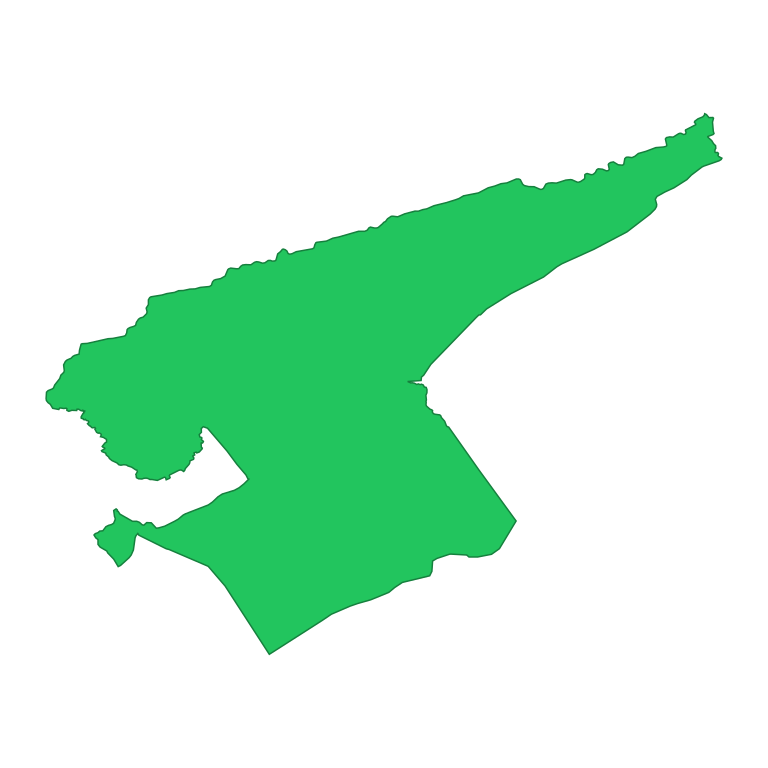 Kibwezi East, Eastern, Kenya (Equal Earth projection), rotated 270°
{"feature_id": "3690345B7491344905793", "entity_name": "Kibwezi East", "entity_type": "district", "adm_level": 2, "iso_a3": "KEN", "parent_name": "Kenya", "parent_adm1": "Eastern", "projection": "equal_earth", "projection_center": [38.226, -2.656], "detail": "fine", "context": "isolated", "style": "filled", "palette": "green", "viewbox_px": 768, "rotation_deg": 270, "n_neighbors": 0, "source": "geoboundaries", "source_scale": "gbopen_adm2", "svg_char_len": 6097}
<svg xmlns="http://www.w3.org/2000/svg" viewBox="0 0 768 768"><g transform="rotate(270 384 384)"><path d="M219.3,499.4L247.0,516.1L298.2,478.8L340.9,448.7L341.5,447.0L342.5,446.3L346.7,444.7L350.6,441.3L352.0,440.9L353.1,439.8L353.8,434.7L354.4,433.4L355.9,432.3L357.4,432.6L358.1,431.9L358.9,429.9L361.9,426.5L363.3,426.0L366.0,426.2L366.6,425.9L368.0,426.4L372.7,425.9L375.2,426.9L378.3,427.0L380.6,426.2L381.0,424.3L383.0,423.3L383.8,421.5L383.4,420.1L384.1,418.3L383.5,416.8L384.8,414.4L385.2,412.4L385.1,410.7L386.5,407.6L387.5,421.1L391.0,421.5L392.7,423.6L403.6,430.8L450.5,476.2L453.0,478.8L453.2,480.5L459.1,486.6L474.4,511.0L491.0,543.6L501.2,556.8L504.2,561.8L518.7,593.9L536.2,627.1L554.0,650.2L558.9,655.1L561.5,656.5L563.5,656.7L568.8,655.3L571.6,657.0L576.0,664.9L580.2,674.0L588.4,686.9L592.9,691.3L601.0,702.0L601.9,703.8L607.2,719.1L608.5,721.2L609.8,721.9L611.5,718.7L612.6,717.9L614.2,718.5L614.9,718.2L615.5,717.5L615.5,715.3L616.1,714.9L618.4,715.0L619.6,715.8L622.3,715.6L624.4,713.5L627.4,711.7L630.8,707.9L631.5,707.8L633.4,712.9L634.4,714.0L636.8,713.3L645.9,712.5L649.8,713.5L650.5,712.9L650.4,708.9L653.4,706.5L654.3,704.7L652.7,704.3L651.1,702.7L649.2,698.0L646.8,694.8L645.8,694.4L643.9,695.8L643.2,695.6L638.1,685.6L637.2,685.4L635.5,686.1L633.9,685.5L633.5,683.5L634.7,681.0L634.7,679.8L634.3,678.6L630.9,673.2L631.1,669.7L630.4,666.4L629.0,665.4L622.8,666.8L622.1,666.6L621.6,665.8L621.0,663.4L620.4,655.8L616.7,646.0L614.5,638.3L611.7,634.9L610.4,632.0L610.9,628.0L610.7,626.2L609.4,624.8L603.9,623.8L602.8,622.6L603.2,618.2L606.1,613.4L605.5,610.5L604.4,608.8L603.4,608.3L598.6,609.3L597.4,608.2L597.1,606.5L598.8,602.5L599.2,598.2L598.2,596.7L595.6,595.4L593.6,593.2L593.3,591.2L594.5,587.1L593.9,585.5L593.2,584.8L590.1,584.8L589.0,584.3L586.6,580.8L585.8,578.7L585.8,577.4L588.2,572.0L588.4,570.5L587.9,565.8L584.9,556.4L585.2,552.0L584.9,548.3L583.9,545.9L579.6,543.5L578.7,542.0L578.6,540.3L581.3,534.1L581.4,528.8L582.4,524.4L583.7,522.7L588.3,520.3L589.0,518.7L589.0,516.3L585.1,507.0L584.3,501.0L581.9,494.6L580.2,488.2L575.1,478.5L572.2,463.6L569.5,459.0L568.2,455.5L565.3,446.1L562.3,434.0L559.1,426.6L558.4,422.8L556.8,418.3L556.9,415.0L554.2,404.8L551.2,397.7L551.8,392.9L551.7,391.2L549.2,387.5L546.5,385.5L545.6,383.7L544.2,382.5L540.5,378.2L540.0,376.5L540.0,374.5L540.9,370.4L540.2,369.0L537.8,367.2L536.7,364.8L536.7,358.5L530.9,338.3L529.8,332.8L526.9,326.4L525.7,316.8L525.3,315.9L523.2,314.8L520.2,314.0L519.2,312.5L516.3,296.2L514.3,292.1L513.8,289.7L514.5,288.1L517.0,286.9L518.3,285.2L518.9,283.5L518.7,282.4L516.4,280.5L514.1,277.7L508.3,276.1L507.5,275.6L507.0,274.5L506.9,272.1L507.6,270.4L507.5,268.2L505.2,264.9L504.8,262.5L506.0,258.9L506.3,256.5L505.7,254.5L503.2,250.9L503.4,245.7L503.0,242.6L501.7,240.7L499.4,238.9L499.2,236.9L499.9,230.7L499.1,228.6L498.3,227.8L491.9,225.1L489.4,220.6L488.4,215.6L487.7,213.9L486.0,212.5L482.7,211.4L481.5,209.5L480.6,200.2L479.1,195.1L478.9,189.9L477.5,183.4L477.3,178.6L475.6,174.5L474.4,166.8L473.0,162.1L471.2,151.0L470.4,149.7L468.2,148.4L463.4,148.4L459.9,146.2L456.1,147.1L454.3,146.6L450.9,143.2L450.0,140.2L448.8,138.5L445.7,136.4L442.6,135.6L441.6,133.7L440.5,130.0L439.4,128.0L438.3,127.1L435.1,126.7L432.4,125.4L431.7,123.5L429.6,112.8L429.3,108.1L424.6,87.3L424.3,82.1L423.8,81.1L417.9,79.5L413.9,79.1L412.6,74.6L411.5,72.7L409.8,71.2L408.0,67.0L406.6,65.4L403.1,63.6L397.3,64.3L395.7,63.8L392.9,60.9L389.4,59.7L383.0,54.7L380.0,53.5L379.0,52.1L377.4,48.1L375.8,46.5L369.5,46.1L367.5,46.4L365.3,48.1L363.7,50.3L359.7,52.7L358.5,58.8L359.9,59.6L360.0,60.7L359.5,63.7L359.8,66.2L359.3,66.9L357.6,66.9L356.7,68.8L357.7,71.9L357.5,76.7L358.8,77.0L358.8,78.7L357.5,80.6L357.2,81.7L357.8,82.6L357.1,84.3L356.6,83.5L356.1,84.4L355.5,83.6L354.6,83.6L354.2,82.8L351.0,81.1L349.7,81.3L349.4,83.1L348.5,83.4L348.2,84.5L348.7,85.3L347.6,86.3L347.1,88.2L346.3,88.8L345.5,88.7L344.3,87.5L342.2,89.5L341.9,90.4L340.5,91.7L340.2,92.4L340.5,94.9L339.6,95.5L338.8,94.9L335.7,96.6L334.8,98.2L335.1,99.3L333.9,101.0L333.1,101.3L331.3,100.5L330.6,103.4L328.6,106.5L325.9,106.5L325.0,104.9L321.6,102.2L320.9,102.8L320.1,104.6L319.3,104.8L317.4,101.5L316.4,102.0L314.9,105.7L313.1,106.2L311.0,108.7L309.5,109.4L307.4,112.0L305.1,116.9L303.2,118.9L302.8,120.9L303.3,123.8L303.0,126.5L302.1,127.8L300.9,131.6L298.1,135.8L298.0,136.8L296.3,137.4L293.5,135.8L292.0,136.4L291.3,136.2L290.3,136.5L289.2,138.6L289.0,142.0L289.7,143.9L289.9,146.2L289.5,148.0L288.5,149.9L288.5,152.0L287.6,157.4L290.8,164.4L290.6,165.2L290.1,165.6L288.2,166.2L289.7,169.6L290.5,170.1L292.3,169.3L293.1,169.7L297.7,178.9L298.0,180.1L297.9,181.5L296.5,183.7L297.8,184.8L299.4,185.3L303.6,189.0L305.0,189.7L307.2,190.0L308.6,193.4L309.2,193.8L310.6,193.7L311.2,193.0L312.0,192.8L313.1,194.7L315.1,194.0L315.7,195.5L315.8,196.3L315.1,196.7L315.3,197.5L316.0,199.3L319.1,202.1L319.9,202.3L320.7,201.4L324.3,201.1L325.1,201.3L324.9,202.2L325.4,202.9L326.6,203.4L328.4,201.4L330.0,201.9L330.5,201.6L331.1,199.8L333.4,199.2L335.7,201.4L339.5,201.3L341.3,203.3L339.8,207.5L317.0,227.0L303.8,236.8L293.0,246.0L289.4,247.8L288.9,248.8L284.0,243.8L280.2,239.0L277.7,234.4L274.0,222.3L271.3,218.1L265.9,212.4L263.0,208.2L254.2,185.5L252.9,183.1L248.8,178.2L246.7,174.5L241.8,164.7L240.1,158.7L239.8,156.3L245.2,151.3L245.4,146.7L242.8,143.8L243.2,142.2L245.7,139.4L246.7,136.8L246.7,132.5L253.9,119.9L256.7,118.1L256.9,117.2L258.1,117.3L259.1,116.1L257.5,113.7L251.5,114.5L249.9,115.2L248.2,115.1L244.7,113.6L243.4,111.4L242.7,108.7L241.3,105.9L237.2,102.8L236.9,99.7L235.3,97.9L234.4,95.3L233.0,94.0L230.1,95.8L228.4,98.0L223.6,98.0L220.9,100.1L217.0,106.8L215.1,107.7L208.9,113.7L201.4,118.2L202.6,120.6L210.3,129.1L213.0,131.2L218.0,133.4L230.2,135.1L232.4,136.0L234.5,137.8L232.8,138.9L219.2,166.3L218.5,169.1L201.7,208.2L182.0,225.1L113.7,269.3L147.7,322.4L153.8,331.4L161.8,349.9L164.5,357.7L168.2,370.7L175.6,388.8L180.5,394.7L185.6,402.4L192.2,429.7L196.7,431.9L207.0,432.6L209.6,437.0L213.8,449.6L213.9,450.9L213.0,466.7L211.0,469.0L211.0,477.6L213.7,491.5L219.3,499.4Z" fill="#22c55e" stroke="#15803d" stroke-width="1.5"/></g></svg>